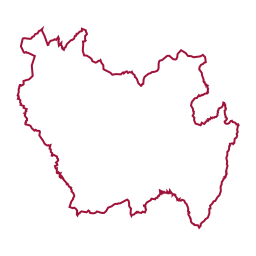 the district of San Cristóbal de la Barranca, Jalisco, Mexico, rotated 181°
{"feature_id": "50627088B30385640574129", "entity_name": "San Cristóbal de la Barranca", "entity_type": "district", "adm_level": 2, "iso_a3": "MEX", "parent_name": "Mexico", "parent_adm1": "Jalisco", "projection": "equal_earth", "projection_center": [-103.519, 21.046], "detail": "fine", "context": "isolated", "style": "outline", "palette": "rose", "viewbox_px": 256, "rotation_deg": 181, "n_neighbors": 0, "source": "geoboundaries", "source_scale": "gbopen_adm2", "svg_char_len": 5742}
<svg xmlns="http://www.w3.org/2000/svg" viewBox="0 0 256 256"><g transform="rotate(181 128 128)"><path d="M230.6,129.9L226.6,129.0L225.4,128.3L224.2,126.1L221.5,123.7L220.3,124.6L219.3,123.7L216.5,123.5L216.0,122.7L216.5,119.0L212.7,113.8L211.1,110.8L208.6,109.1L207.2,109.4L206.7,108.9L205.3,109.5L206.1,106.0L204.8,105.2L204.8,102.7L203.3,101.5L203.8,99.1L203.1,98.9L202.4,99.9L201.7,99.8L198.5,98.2L198.2,96.3L197.4,95.8L197.3,94.2L199.4,92.2L198.1,90.7L198.1,89.6L200.4,88.7L199.8,86.7L199.2,86.0L198.4,86.4L198.4,82.0L197.9,81.6L196.8,82.5L196.5,81.5L195.6,81.7L195.2,80.8L194.9,81.0L195.6,78.9L194.9,78.7L195.0,78.2L194.5,78.4L194.4,77.8L193.9,78.4L193.7,77.9L193.4,78.5L192.3,77.0L192.2,76.1L191.7,76.0L191.5,75.2L188.5,72.0L188.3,70.7L187.3,71.0L185.9,68.3L183.8,67.4L184.2,66.3L183.1,64.9L183.3,63.6L181.7,62.1L180.6,59.7L180.6,58.6L181.7,57.0L181.6,56.0L183.3,53.7L185.1,48.0L181.9,46.9L180.5,47.4L179.0,46.5L177.4,44.6L177.7,40.7L177.0,39.7L176.3,41.3L175.5,42.0L175.0,41.8L174.0,43.2L173.0,43.8L167.9,43.0L166.1,44.8L165.0,44.0L164.7,42.6L163.1,42.2L160.9,42.1L159.1,42.6L157.6,44.0L152.7,42.6L150.4,42.7L148.5,44.4L146.4,48.1L143.0,49.4L140.4,51.5L138.8,52.0L137.4,51.8L136.3,52.5L134.8,52.4L127.6,56.4L126.2,55.3L125.6,53.2L125.5,50.0L124.3,48.1L123.6,47.6L124.0,42.5L123.0,40.2L122.5,41.2L120.7,41.5L118.0,44.1L117.6,43.5L116.6,44.3L116.3,43.8L113.2,43.3L111.9,44.6L109.6,43.9L108.5,47.0L109.1,47.8L109.2,49.6L110.5,50.1L110.7,50.9L109.5,51.0L107.9,53.9L104.0,56.2L103.3,57.7L99.6,57.2L99.2,58.3L97.2,58.9L97.0,60.3L95.6,60.8L95.5,61.8L94.5,62.5L95.0,66.1L93.6,65.4L92.8,63.4L92.2,64.7L91.4,64.0L90.9,64.8L89.8,63.9L88.5,64.3L87.8,63.6L87.4,63.8L87.5,65.1L86.4,63.8L86.3,62.6L85.9,64.2L85.2,63.9L85.0,66.1L83.3,63.7L82.3,63.0L82.3,61.8L81.7,62.6L80.3,61.8L80.0,62.3L79.5,62.0L79.3,60.4L78.1,59.2L77.4,56.8L75.3,58.0L75.6,56.4L73.7,56.3L72.8,57.2L70.9,56.6L70.1,55.7L69.8,54.5L68.1,52.9L66.8,49.8L66.3,47.9L66.6,45.9L65.4,45.2L65.1,44.2L66.2,43.8L66.1,42.5L64.7,40.3L64.3,38.9L63.8,38.7L63.4,35.4L61.9,33.6L60.5,33.2L60.0,32.2L56.3,31.9L55.1,29.6L53.6,31.5L53.7,33.0L52.5,34.7L50.0,36.5L49.3,37.9L46.6,39.8L45.1,44.1L45.3,48.5L44.1,49.0L44.6,51.7L42.3,54.0L41.2,56.1L39.5,56.6L37.2,60.6L35.4,62.4L34.1,66.5L34.4,71.1L33.4,73.2L33.3,75.6L31.6,78.2L31.6,79.3L30.7,79.4L29.7,80.6L30.3,81.1L29.5,81.4L28.9,83.7L28.5,83.9L29.1,85.0L28.7,85.7L29.2,86.4L27.8,92.2L28.6,93.4L28.2,96.0L29.2,99.7L28.2,102.7L28.3,105.9L27.2,106.9L26.6,108.5L26.5,111.6L25.8,112.0L25.8,114.0L22.9,114.5L22.5,113.8L21.5,114.9L21.1,119.1L19.3,120.4L18.7,122.5L19.3,124.2L18.2,125.9L18.9,127.9L18.1,132.0L17.6,132.7L17.1,131.8L18.0,133.7L19.7,133.4L20.1,134.4L21.6,135.5L23.4,135.7L24.2,137.1L25.5,136.7L27.1,134.5L28.3,134.0L30.0,134.0L31.1,134.8L31.5,136.2L30.0,137.5L29.2,138.9L30.0,140.4L30.6,140.4L30.8,142.5L31.3,143.1L31.7,147.0L30.7,148.0L30.9,149.2L30.5,149.3L31.5,152.1L31.1,152.6L32.3,154.8L33.1,155.1L33.5,152.2L34.6,150.4L37.7,148.9L37.9,147.4L38.6,146.4L38.3,145.0L38.8,144.1L38.7,142.2L40.0,140.6L41.3,140.6L42.0,139.8L43.4,140.0L44.1,139.2L45.3,139.9L46.0,138.2L47.9,138.3L47.6,137.1L47.9,136.6L49.4,136.9L49.6,135.8L50.8,135.2L51.2,134.0L52.0,133.3L54.3,134.6L55.4,132.0L60.5,133.6L61.1,134.7L62.1,137.2L61.8,139.5L63.6,141.3L62.4,143.5L62.7,144.6L62.4,145.5L63.2,146.2L63.4,148.3L65.4,151.6L64.6,155.2L61.8,158.8L59.4,159.4L58.5,161.0L57.4,161.1L57.4,161.9L56.3,161.3L54.5,162.5L54.0,162.1L51.8,163.6L50.1,163.9L49.5,164.9L49.0,164.4L48.5,165.4L49.0,166.1L48.6,168.6L49.0,169.0L49.4,171.3L49.1,171.8L49.7,172.0L50.4,171.4L50.5,172.6L51.4,172.7L51.4,173.8L52.7,174.9L52.5,175.6L53.3,175.9L53.3,178.0L54.7,181.5L55.2,184.4L57.8,187.9L57.5,190.3L56.1,192.4L53.9,193.5L53.0,194.6L51.4,195.1L52.1,200.1L54.4,202.4L56.9,200.9L63.6,199.9L66.0,200.9L69.3,201.1L71.7,204.0L76.3,206.7L79.7,202.8L80.0,199.7L80.9,197.7L81.7,197.3L84.1,197.6L87.9,200.9L90.1,200.8L95.1,196.5L97.4,195.9L98.0,195.2L98.5,192.9L98.5,187.8L99.6,185.8L102.2,184.7L105.1,184.3L106.4,183.2L108.4,182.6L112.3,179.4L113.2,177.1L113.5,172.4L114.7,172.0L115.2,170.6L115.8,170.4L118.5,173.1L120.0,177.2L121.0,178.6L121.9,179.0L122.3,181.0L124.3,182.5L125.1,184.2L125.6,183.6L127.6,183.9L129.0,183.0L130.2,184.6L131.5,184.1L133.1,182.5L133.8,183.5L134.3,183.3L136.0,181.5L141.0,181.7L144.6,181.0L146.6,183.0L153.5,186.3L153.8,190.4L155.7,192.7L156.7,195.4L157.4,194.7L158.7,194.7L160.0,193.4L161.5,192.8L164.8,194.2L165.6,196.3L167.2,197.7L170.6,199.7L173.1,199.8L174.6,204.5L174.2,210.9L174.5,213.7L172.9,213.8L171.9,214.7L172.4,215.3L172.5,219.3L170.8,220.9L170.7,221.7L171.7,223.3L171.9,224.9L175.8,226.4L175.9,224.0L178.0,223.5L179.8,221.4L181.1,221.3L181.3,219.5L182.8,219.0L183.4,216.5L185.4,215.0L186.4,214.9L190.6,210.8L191.9,207.6L193.2,207.0L193.1,205.9L193.5,205.0L195.1,206.2L195.5,207.5L195.3,208.4L196.3,209.6L196.2,211.9L198.5,209.2L199.1,212.6L198.8,212.9L199.1,213.2L198.6,215.8L199.3,217.8L201.3,214.8L202.9,215.5L203.9,214.6L207.0,213.8L208.8,211.4L209.0,209.8L209.7,209.6L213.1,218.7L215.5,223.4L215.8,224.6L215.5,225.6L217.2,224.0L218.8,223.4L220.0,221.1L222.5,220.2L223.7,218.0L225.2,217.5L226.2,215.8L227.8,215.4L233.3,216.0L234.8,215.6L236.5,207.8L233.5,201.8L232.6,201.5L231.3,202.2L230.6,201.5L229.5,201.5L222.4,198.3L225.3,188.8L224.2,178.4L227.6,175.0L233.3,173.2L233.1,170.0L233.8,169.3L235.6,168.4L236.0,169.1L236.8,169.1L237.5,167.3L237.4,166.1L238.0,165.1L237.9,161.7L238.9,158.5L237.8,157.9L238.3,156.4L237.8,156.1L238.4,155.2L237.2,155.0L236.1,153.7L236.3,151.6L235.4,150.4L235.8,149.2L232.5,148.2L232.8,146.4L229.6,145.1L230.2,143.9L230.0,143.2L230.7,143.0L230.8,141.2L231.9,140.8L231.1,139.8L231.4,138.5L229.1,135.5L229.1,133.8L230.0,133.4L230.3,132.5L230.1,131.9L230.7,131.4L230.6,129.9Z" fill="none" stroke="#9f1239" stroke-width="2"/></g></svg>